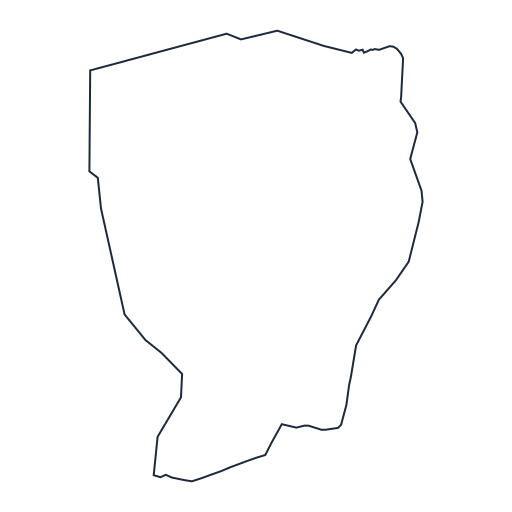 outline of Calabar Municipal, Cross River, Nigeria
{"feature_id": "59680162B59054541310664", "entity_name": "Calabar Municipal", "entity_type": "district", "adm_level": 2, "iso_a3": "NGA", "parent_name": "Nigeria", "parent_adm1": "Cross River", "projection": "mercator", "projection_center": [8.34, 5.0], "detail": "fine", "context": "isolated", "style": "outline", "palette": "slate", "viewbox_px": 512, "rotation_deg": 0, "n_neighbors": 0, "source": "geoboundaries", "source_scale": "gbopen_adm2", "svg_char_len": 930}
<svg xmlns="http://www.w3.org/2000/svg" viewBox="0 0 512 512"><path d="M401.1,97.5L403.1,58.3L401.1,53.8L396.8,48.7L393.1,46.6L389.5,46.2L379.2,49.8L374.7,49.1L372.3,49.9L370.8,49.5L367.8,51.1L363.9,52.7L362.6,49.7L358.9,50.7L355.9,49.5L351.8,52.9L323.7,45.9L277.3,30.7L241.0,39.4L226.6,33.7L90.2,70.4L89.4,171.4L97.8,177.8L101.0,208.5L124.6,314.5L145.5,340.1L161.4,352.8L182.1,374.0L181.0,397.3L157.6,436.8L153.7,475.2L160.4,477.2L165.8,474.8L171.7,477.5L184.9,480.2L191.9,481.3L202.4,477.9L210.2,475.0L220.7,471.3L231.4,466.8L245.2,461.7L255.8,457.9L265.3,455.0L271.1,443.5L281.8,424.2L296.3,427.6L304.6,425.6L308.6,425.7L321.6,429.8L325.7,429.7L338.0,427.9L341.1,424.8L346.4,404.9L349.1,385.1L350.4,379.1L351.1,375.6L356.1,345.4L371.1,316.5L378.9,299.6L395.8,280.4L408.7,261.7L418.7,221.9L422.6,201.8L421.5,190.6L410.2,159.0L417.3,132.4L415.2,123.1L400.5,101.6L401.1,97.5Z" fill="none" stroke="#1e293b" stroke-width="2"/></svg>